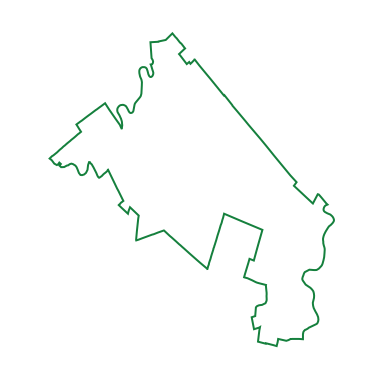 the district of Veresti, Suceava, Romania, rotated 266°
{"feature_id": "2599482B2854630041456", "entity_name": "Veresti", "entity_type": "district", "adm_level": 2, "iso_a3": "ROU", "parent_name": "Romania", "parent_adm1": "Suceava", "projection": "robinson", "projection_center": [26.473, 47.638], "detail": "fine", "context": "isolated", "style": "outline", "palette": "green", "viewbox_px": 384, "rotation_deg": 266, "n_neighbors": 0, "source": "geoboundaries", "source_scale": "gbopen_adm2", "svg_char_len": 5928}
<svg xmlns="http://www.w3.org/2000/svg" viewBox="0 0 384 384"><g transform="rotate(266 192 192)"><path d="M170.0,326.3L171.2,325.2L177.5,320.7L180.4,318.5L180.7,318.2L181.0,317.3L172.1,311.8L172.6,311.3L191.1,294.1L194.5,297.0L201.8,291.2L222.7,276.3L228.9,272.0L233.2,269.0L240.2,264.0L255.0,253.1L259.1,250.2L269.3,242.8L275.4,238.3L275.9,238.2L286.3,231.1L285.9,230.7L286.4,230.3L303.4,218.4L308.8,214.5L317.6,208.2L324.0,203.9L324.0,203.7L323.8,203.6L323.4,203.3L322.9,202.7L321.3,201.0L320.0,199.4L321.9,198.3L320.0,195.7L329.3,189.6L330.5,188.7L335.4,194.7L335.7,195.1L336.7,194.4L340.2,192.1L341.1,191.4L341.3,191.0L342.4,190.1L345.4,188.1L346.6,187.3L347.4,186.5L351.6,183.5L345.5,176.4L344.5,169.1L344.2,169.0L344.3,161.0L328.3,161.0L326.6,161.9L324.9,162.3L323.5,162.0L322.3,161.2L322.1,159.7L321.4,160.0L318.2,160.7L316.0,161.2L315.4,161.4L314.4,161.6L313.9,161.7L313.4,161.7L312.7,161.6L312.2,161.5L311.8,161.3L311.1,161.0L310.4,160.5L310.3,160.4L309.8,159.7L309.7,159.4L309.6,159.1L309.6,158.8L309.7,158.4L309.9,158.1L310.3,157.7L310.7,157.4L311.2,157.2L311.6,157.0L311.8,157.0L311.9,156.9L312.5,156.7L314.2,156.4L316.3,156.0L317.2,155.7L317.3,155.7L317.7,155.6L318.4,155.3L318.9,154.9L319.3,154.5L319.6,154.0L319.8,153.5L319.9,152.9L320.0,151.9L320.0,151.2L319.9,150.8L319.7,150.3L319.3,149.6L318.7,148.9L318.4,148.7L317.8,148.3L317.1,148.0L316.3,147.9L315.6,147.8L314.0,147.8L312.7,148.0L311.2,148.2L310.4,148.4L307.6,149.4L306.9,149.5L306.1,149.6L304.9,149.7L304.0,149.6L302.0,149.4L297.8,148.9L293.8,148.4L292.8,148.1L291.7,147.7L291.0,147.4L290.5,147.0L289.9,146.5L285.8,142.6L284.8,141.7L284.1,141.2L283.4,140.9L282.8,140.7L277.0,139.2L276.4,138.9L276.2,138.7L275.8,138.4L275.5,138.1L275.4,137.8L275.2,137.4L275.1,136.9L275.1,136.6L275.1,136.3L275.2,136.0L275.4,135.7L275.7,135.3L276.3,134.9L277.0,134.5L278.1,134.1L278.8,133.8L281.0,132.8L282.0,132.2L282.5,131.8L282.7,131.5L283.3,130.5L283.4,130.3L283.7,129.5L283.8,128.8L283.7,127.9L283.7,127.2L283.6,126.8L283.4,126.2L283.1,125.8L282.5,124.9L281.9,124.4L281.2,123.9L280.8,123.6L280.3,123.4L279.5,123.2L279.0,123.2L278.2,123.1L277.6,123.2L276.7,123.4L275.7,123.9L273.3,125.1L271.3,125.8L270.1,126.3L268.7,126.6L267.5,126.9L266.2,127.0L264.1,127.0L263.7,127.1L260.7,126.5L259.6,126.4L261.8,125.5L263.9,124.8L270.6,120.7L277.2,116.8L279.5,115.4L284.6,112.6L284.8,112.5L286.6,111.5L284.3,107.9L282.8,105.5L280.8,102.4L280.6,101.9L277.2,96.7L275.7,94.3L275.5,94.0L274.8,92.9L273.3,90.6L271.0,87.2L269.6,84.8L269.3,84.4L267.4,81.4L264.3,83.1L263.8,83.3L259.8,85.5L258.8,84.1L258.2,83.3L257.7,82.4L255.5,79.6L254.1,77.7L252.4,75.2L251.5,74.1L250.1,72.1L249.1,70.7L248.9,70.5L248.9,70.4L248.1,69.4L247.3,68.4L246.4,67.0L244.8,65.1L243.4,63.1L242.5,62.0L242.4,61.9L240.9,60.1L240.0,58.8L238.1,56.1L237.6,55.0L236.2,53.3L235.3,52.3L233.5,54.3L229.9,56.6L228.3,59.1L228.8,60.2L230.6,61.7L229.1,63.1L227.5,61.7L225.9,63.2L225.8,66.2L227.1,69.0L227.2,69.7L227.2,70.2L228.3,72.0L228.7,73.6L228.2,75.1L226.5,77.5L224.8,78.6L222.2,79.5L218.9,80.5L216.8,81.9L216.5,83.5L217.0,85.6L218.5,87.6L221.4,89.3L226.1,90.2L229.0,91.4L228.9,92.2L228.5,92.4L227.7,92.8L226.6,93.9L226.0,94.2L224.1,95.1L223.8,95.3L222.6,95.8L217.6,97.9L215.4,98.6L214.4,99.0L213.5,99.5L213.1,99.9L212.7,100.3L212.8,100.5L212.9,100.9L213.4,101.7L213.9,102.6L214.3,103.2L215.8,104.8L216.5,105.7L217.4,107.1L218.3,108.3L219.0,109.1L219.3,109.3L220.0,109.6L220.1,109.8L207.1,115.0L200.5,117.6L198.6,118.5L188.1,122.8L187.9,122.9L187.0,121.6L186.3,120.4L185.9,120.0L184.9,119.1L184.4,118.3L184.1,118.0L181.3,120.5L174.8,126.6L177.9,127.6L181.1,129.1L172.2,137.2L169.2,136.5L156.8,134.3L148.1,132.9L147.6,133.0L148.1,135.1L149.4,139.4L152.3,149.4L152.5,150.7L153.9,155.1L155.6,161.3L155.0,161.9L149.6,166.9L148.2,168.4L144.4,172.1L140.7,175.6L139.6,176.8L138.1,178.2L136.3,180.0L131.1,185.0L123.4,192.6L120.7,195.3L114.4,201.8L114.1,201.9L114.1,202.0L117.0,203.0L118.4,203.7L119.7,204.0L120.3,204.2L122.0,204.9L123.8,205.7L126.4,206.6L128.0,207.2L133.3,209.3L133.9,209.4L135.8,210.3L137.1,210.7L137.6,211.0L139.2,211.6L142.5,212.9L146.7,214.4L147.7,214.8L151.7,216.4L155.5,217.8L156.3,218.1L157.1,218.4L157.6,218.7L159.4,219.5L161.3,220.1L162.4,220.5L164.3,221.3L165.3,221.6L166.8,222.1L168.1,222.5L158.9,240.5L149.3,259.6L135.5,254.6L129.6,252.5L119.3,248.9L121.3,244.7L117.4,243.3L106.4,239.1L103.3,238.0L103.2,238.2L102.3,240.8L102.1,241.4L101.5,242.5L99.8,245.7L97.6,249.4L97.1,250.4L96.8,251.2L96.2,252.9L94.1,259.3L93.8,259.2L92.7,259.2L88.8,259.3L86.3,259.4L84.6,259.3L83.1,259.1L79.6,259.0L78.4,258.8L77.5,258.4L75.9,257.5L75.4,256.2L74.5,254.0L74.4,252.2L74.3,250.9L73.7,249.1L73.1,248.3L72.4,247.7L63.8,246.4L62.9,242.8L50.8,244.3L52.0,249.4L52.5,250.4L49.1,249.5L38.1,247.4L35.5,255.0L36.0,255.1L33.6,262.4L32.4,265.7L36.4,267.0L39.4,267.7L37.0,275.7L37.5,277.8L38.1,279.3L38.5,279.9L38.3,283.8L38.0,288.3L37.5,291.6L37.4,292.4L42.7,292.8L43.1,293.0L44.2,293.2L45.0,293.6L45.7,294.2L46.2,294.8L46.6,295.2L46.8,296.1L47.6,297.9L48.4,298.9L51.5,306.7L51.8,307.3L52.5,308.0L54.1,308.8L55.9,309.2L58.4,309.1L61.2,308.2L64.4,306.7L67.8,305.3L70.0,304.9L71.6,304.8L73.1,304.8L74.3,305.2L77.8,306.3L80.0,306.6L82.4,306.5L84.5,306.1L86.3,305.0L88.2,303.4L89.8,301.3L91.7,298.9L95.9,296.4L96.9,296.0L97.9,296.0L99.5,296.5L101.1,297.3L102.9,298.0L104.2,298.9L106.3,303.7L105.9,306.4L105.6,308.3L105.5,310.6L105.8,311.5L106.8,313.3L109.0,315.7L109.8,316.4L111.3,317.2L114.7,318.4L117.8,319.3L121.7,319.9L124.7,320.3L126.0,320.4L127.6,320.2L129.7,319.7L131.7,319.4L133.5,319.5L134.3,319.4L135.2,319.4L136.5,319.5L137.5,319.8L138.8,320.2L140.6,321.0L143.3,322.6L145.8,324.4L147.3,325.5L148.3,326.4L149.4,328.1L151.1,330.0L152.2,330.9L153.2,331.5L154.2,331.7L155.7,331.4L156.9,330.9L158.0,330.2L159.8,328.5L161.3,325.5L162.8,323.2L163.7,322.4L164.4,322.1L165.4,322.0L166.3,322.2L167.3,322.6L168.1,323.1L168.8,323.7L169.5,324.8L169.7,325.5L170.0,326.3Z" fill="none" stroke="#15803d" stroke-width="2"/></g></svg>